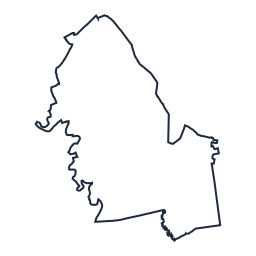 outline of Morunglav, Olt, Romania
{"feature_id": "2599482B55157415904148", "entity_name": "Morunglav", "entity_type": "district", "adm_level": 2, "iso_a3": "ROU", "parent_name": "Romania", "parent_adm1": "Olt", "projection": "mercator", "projection_center": [24.132, 44.471], "detail": "fine", "context": "isolated", "style": "outline", "palette": "slate", "viewbox_px": 256, "rotation_deg": 0, "n_neighbors": 0, "source": "geoboundaries", "source_scale": "gbopen_adm2", "svg_char_len": 5735}
<svg xmlns="http://www.w3.org/2000/svg" viewBox="0 0 256 256"><path d="M220.2,225.2L216.2,195.1L214.9,184.9L211.7,163.5L213.7,163.7L214.4,160.2L214.6,159.4L214.5,159.1L213.6,159.1L212.5,158.4L212.4,157.1L212.9,155.1L213.1,154.8L213.5,154.4L218.8,153.4L217.8,148.2L214.8,149.2L214.2,148.8L212.8,146.0L211.5,146.4L211.5,142.9L211.8,142.3L214.0,142.8L216.7,143.0L217.2,141.8L217.2,140.3L216.0,140.1L213.5,140.2L213.2,138.1L211.6,137.9L211.6,137.4L208.9,137.6L207.2,136.9L206.9,137.0L205.6,136.6L200.5,135.7L199.8,135.3L199.3,135.2L198.9,134.9L198.5,134.9L197.4,134.4L197.0,133.5L196.3,132.8L192.8,129.7L190.3,128.2L188.3,126.6L186.7,126.2L186.2,125.8L185.7,125.8L185.4,125.4L185.0,125.3L184.0,128.7L180.2,138.4L179.5,138.8L179.2,138.9L179.0,139.3L178.6,139.7L172.9,143.9L170.5,143.3L168.2,142.1L168.8,114.2L164.8,108.2L163.4,105.4L163.2,104.2L162.5,103.8L161.1,102.0L159.6,99.4L158.6,97.9L158.3,97.2L158.0,96.9L157.7,96.9L157.4,96.7L157.0,95.9L157.1,95.5L156.1,93.9L156.0,93.7L156.6,88.9L157.1,86.2L157.1,84.8L157.4,83.5L157.1,82.4L152.0,74.8L150.6,73.0L149.4,72.0L148.4,71.3L144.2,67.6L139.7,64.1L138.4,62.0L138.5,62.0L137.0,59.4L135.4,56.9L134.7,55.4L132.0,46.5L131.9,45.7L132.0,45.3L132.0,45.1L131.5,44.7L131.3,44.3L130.1,42.9L129.7,42.3L129.5,41.8L129.2,41.7L122.6,32.7L121.8,31.9L121.5,31.1L120.3,29.9L118.9,28.2L113.5,21.4L110.7,18.8L108.2,17.1L108.0,16.6L107.6,16.5L106.9,16.0L105.8,16.0L104.7,15.4L104.3,15.4L100.1,17.1L97.9,17.9L97.9,18.5L96.1,15.6L86.9,24.7L84.7,26.5L76.7,34.3L74.8,34.8L73.8,34.8L73.7,34.6L73.9,33.0L72.5,33.0L64.5,37.4L65.2,38.5L65.7,38.9L65.7,39.6L65.8,39.8L66.6,40.1L67.0,41.1L67.4,41.7L67.7,41.9L68.0,42.3L69.1,43.5L70.1,44.1L72.3,44.4L71.7,46.3L70.9,48.0L70.0,49.0L69.5,50.3L68.7,51.6L68.3,52.8L67.5,54.0L66.3,56.4L62.3,62.7L59.4,66.1L57.6,67.4L56.9,67.8L56.5,68.4L56.2,68.9L55.9,71.4L56.0,71.8L55.8,72.7L56.0,73.3L56.7,74.4L56.7,74.7L56.5,75.2L56.8,76.8L57.5,78.5L58.2,80.7L59.0,82.8L59.2,83.5L59.2,84.0L58.5,83.8L57.9,83.9L57.0,85.0L55.3,86.0L51.3,87.4L51.3,87.9L51.3,90.6L51.9,92.5L53.3,96.1L54.5,97.9L55.6,100.5L56.4,102.8L51.1,105.0L50.9,106.4L50.8,108.2L50.6,109.2L50.2,109.8L49.7,110.1L49.1,110.8L49.4,110.8L49.6,111.0L49.6,111.6L50.0,113.0L50.6,114.2L50.8,115.1L50.6,116.7L47.9,117.4L47.5,117.9L47.2,119.1L47.3,120.1L47.5,120.8L47.9,121.6L48.5,122.4L48.8,123.9L46.8,126.0L45.6,126.8L45.2,127.0L43.3,127.0L42.1,126.8L40.9,125.7L40.3,123.5L39.5,122.8L38.9,122.5L37.9,122.3L37.0,121.8L35.8,123.9L35.8,124.4L38.7,127.4L40.9,128.7L43.2,129.6L45.9,131.1L48.0,131.4L49.2,131.2L50.0,130.9L51.1,129.8L54.0,126.2L55.8,124.8L57.7,122.8L59.1,121.6L61.1,120.1L62.2,123.0L65.9,121.6L65.9,122.0L68.6,121.1L68.7,123.0L66.9,127.1L66.2,128.9L65.7,132.1L66.8,134.8L68.8,135.1L72.6,134.8L72.6,136.3L74.8,136.1L75.9,135.9L77.5,135.9L78.2,136.1L79.4,136.9L79.9,138.2L79.9,138.8L79.8,139.2L79.3,140.2L78.3,141.9L77.5,143.5L77.1,143.7L76.0,143.3L74.0,143.7L73.5,144.1L70.7,147.2L69.2,151.3L68.4,152.2L69.3,153.1L69.8,153.8L70.2,154.1L70.9,154.3L74.2,153.5L74.8,153.2L75.6,152.6L76.0,153.7L76.7,155.8L77.3,156.9L73.0,157.9L73.8,161.5L72.7,162.4L72.3,163.3L71.9,163.8L69.7,165.5L69.4,166.2L69.1,166.7L69.1,169.1L69.5,169.7L73.5,169.5L75.2,170.0L75.4,170.2L75.6,170.7L75.7,171.0L75.5,171.8L75.6,173.2L75.4,173.7L75.3,174.5L74.8,175.2L74.7,176.0L73.0,177.1L72.6,178.8L74.1,180.2L74.6,180.5L76.2,181.8L77.2,183.4L77.7,184.4L79.4,185.8L79.4,186.0L79.1,186.5L78.6,187.0L78.0,187.3L77.3,188.3L77.0,189.1L77.1,189.5L77.2,189.9L77.5,190.2L78.7,190.6L79.9,190.6L83.4,187.6L83.4,187.2L83.6,186.8L83.3,185.5L82.1,184.2L81.9,183.8L81.7,183.0L81.5,181.0L81.5,180.9L82.4,180.5L82.8,180.7L83.7,181.8L84.3,182.3L87.2,183.2L91.2,183.1L92.0,182.8L92.1,183.6L89.6,186.0L88.9,188.4L90.1,193.7L89.3,195.5L88.4,197.0L89.5,198.6L89.1,199.6L89.8,200.1L90.0,200.4L90.2,201.9L90.2,202.3L90.3,203.3L91.0,204.3L92.9,204.8L95.0,204.9L95.8,204.6L96.7,204.5L97.1,204.3L97.4,203.4L97.6,202.2L98.4,199.3L100.3,200.9L102.1,204.5L102.2,206.3L101.3,209.2L98.1,215.3L96.4,217.8L95.3,221.8L111.4,220.9L117.7,220.3L120.7,219.8L127.2,218.2L139.4,215.6L161.6,210.4L163.6,210.0L164.2,210.1L164.5,210.8L164.9,210.8L165.1,211.7L164.6,211.9L164.0,211.9L163.8,212.0L164.0,212.5L164.6,212.6L164.7,212.8L164.1,213.0L163.5,212.3L163.5,211.9L163.0,212.1L162.9,212.4L163.5,213.3L162.4,214.8L162.4,215.3L161.7,215.5L161.7,216.1L162.3,216.4L162.2,216.7L161.7,217.2L162.1,217.6L161.9,218.6L162.4,218.5L162.8,219.0L163.3,219.1L163.3,219.3L163.2,220.0L163.7,221.1L163.8,221.5L163.7,222.0L162.6,223.1L161.8,223.1L161.8,223.3L162.0,223.4L162.0,223.9L162.3,224.0L162.4,224.5L162.8,224.9L162.7,225.1L162.2,225.4L162.2,225.6L162.5,225.9L162.6,226.5L162.8,226.7L164.3,227.3L164.4,227.2L164.6,226.5L165.2,226.4L165.3,226.7L165.1,227.1L165.1,227.3L165.4,227.6L165.9,227.8L165.9,228.0L164.5,228.7L165.1,228.9L166.6,228.4L166.8,228.4L166.9,228.6L166.8,229.4L165.8,230.0L166.3,230.3L167.1,230.1L167.4,230.6L168.2,230.3L168.5,230.7L168.9,230.6L169.4,232.1L168.8,232.5L168.9,233.1L168.7,233.3L167.8,233.0L167.3,233.1L167.5,233.5L168.1,233.9L168.1,234.0L167.6,234.4L167.5,234.7L167.5,234.9L167.8,235.2L168.5,235.6L169.0,234.9L168.7,234.4L168.9,234.1L169.4,234.1L169.6,234.3L169.7,234.9L170.3,235.1L170.7,235.0L170.8,234.4L171.0,234.2L171.0,234.7L171.4,234.6L171.5,234.8L171.3,235.3L171.4,235.5L172.0,235.2L172.2,235.5L172.1,236.0L171.6,236.3L172.3,236.5L171.6,237.3L171.5,237.5L171.6,237.8L172.0,238.2L172.5,239.2L172.8,239.3L173.2,239.2L173.6,239.4L173.9,239.3L174.0,239.1L173.8,238.6L174.1,238.6L174.4,239.3L174.1,240.0L174.1,240.5L174.3,240.6L174.5,240.6L174.8,240.3L174.9,239.5L178.3,238.1L180.8,236.6L183.7,235.2L185.8,234.0L185.9,233.5L186.2,233.8L188.2,233.6L189.1,233.3L190.8,232.0L192.1,231.4L194.5,229.2L195.7,228.6L220.2,225.2Z" fill="none" stroke="#1e293b" stroke-width="2"/></svg>